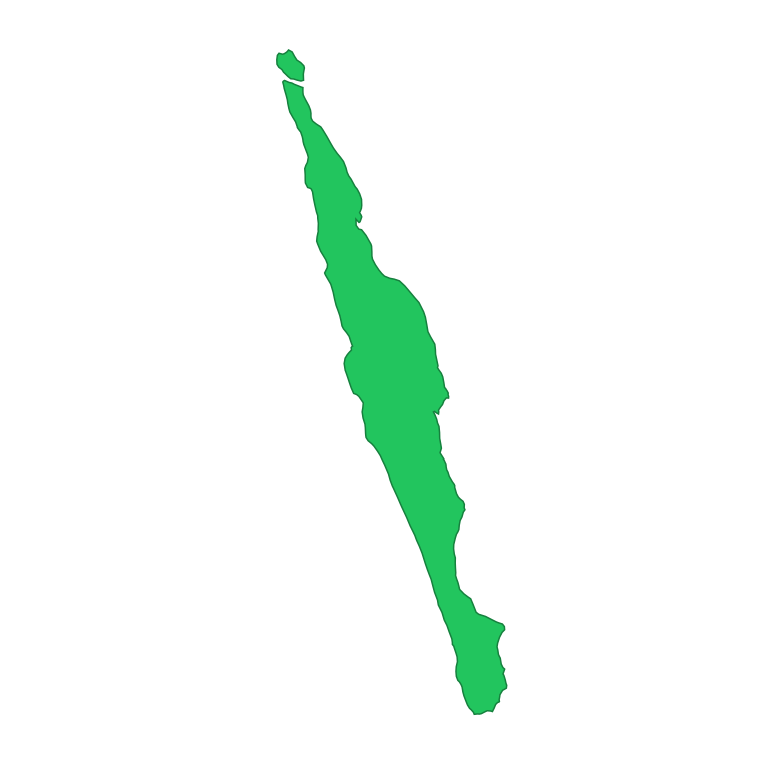 outline of Sainte Marie, Analanjirofo, Madagascar, rotated 137°
{"feature_id": "10022922B25342620887316", "entity_name": "Sainte Marie", "entity_type": "district", "adm_level": 2, "iso_a3": "MDG", "parent_name": "Madagascar", "parent_adm1": "Analanjirofo", "projection": "orthographic", "projection_center": [49.903, -16.911], "detail": "fine", "context": "isolated", "style": "filled", "palette": "green", "viewbox_px": 768, "rotation_deg": 137, "n_neighbors": 0, "source": "geoboundaries", "source_scale": "gbopen_adm2", "svg_char_len": 4865}
<svg xmlns="http://www.w3.org/2000/svg" viewBox="0 0 768 768"><g transform="rotate(137 384 384)"><path d="M529.1,72.2L528.1,70.5L524.6,71.8L520.9,73.5L518.1,73.6L516.9,73.0L516.1,73.1L515.1,74.6L512.9,76.2L511.1,77.7L506.2,79.1L502.0,78.1L501.0,78.9L499.7,80.0L499.2,81.3L498.7,82.3L497.2,84.8L496.3,86.6L495.0,89.3L494.7,90.8L490.2,93.2L490.4,95.6L489.3,99.2L485.9,104.3L485.8,104.9L484.8,108.1L482.1,112.0L480.6,114.7L477.5,117.1L472.2,120.0L467.1,121.8L463.4,122.0L461.4,124.5L461.1,127.7L462.9,130.9L464.1,133.3L466.2,139.0L468.3,144.8L471.8,151.0L472.3,154.3L469.2,162.1L467.1,167.8L467.9,171.3L468.7,176.0L468.8,181.3L468.7,182.4L467.6,184.3L466.7,185.9L465.3,188.5L464.0,191.6L462.3,195.1L460.3,197.0L456.9,201.1L454.0,204.5L450.4,208.2L448.6,211.7L445.5,216.0L442.4,219.1L436.8,222.8L433.5,224.7L431.1,225.4L428.5,226.5L425.3,229.4L421.5,232.2L417.7,233.6L413.4,236.2L410.6,236.8L409.8,238.8L407.3,241.2L406.2,244.3L406.7,247.7L406.8,250.5L405.8,254.3L402.8,260.2L401.6,261.4L401.1,262.7L400.7,266.0L400.1,268.5L399.3,271.9L398.0,274.6L397.4,275.8L396.7,278.4L395.7,280.0L395.1,281.0L394.1,282.2L393.3,283.4L392.9,284.8L392.2,286.7L391.9,288.4L391.3,288.4L391.0,289.7L389.9,295.5L385.8,297.9L383.8,300.9L380.4,306.2L376.4,310.7L372.7,315.5L371.4,319.1L369.5,322.3L367.8,326.7L366.9,329.9L365.7,329.5L365.3,327.1L364.6,324.9L363.0,326.2L361.8,327.8L357.7,328.7L355.2,329.1L351.5,330.9L347.9,331.3L346.4,329.7L345.3,330.7L344.0,333.1L343.2,333.5L342.5,336.2L342.3,337.8L342.0,338.7L342.1,340.1L339.2,344.4L336.2,349.1L334.8,352.8L334.3,356.7L333.8,359.4L332.1,360.5L329.2,365.3L326.0,370.6L322.8,374.3L319.7,378.5L317.8,386.7L316.2,392.3L312.3,398.2L308.2,404.6L305.8,409.8L305.3,411.5L302.9,419.7L302.7,426.0L302.2,435.2L301.9,441.6L302.4,449.0L305.0,453.7L307.7,457.4L310.1,462.5L310.3,466.4L310.0,470.8L309.0,477.1L307.3,483.1L305.6,485.8L302.7,489.0L299.0,493.4L298.1,495.4L297.1,499.6L295.8,505.0L295.2,512.1L296.8,514.5L296.2,519.0L293.9,521.6L292.1,523.7L292.1,520.0L292.1,519.2L290.9,519.0L289.1,519.9L286.3,521.4L285.6,523.0L285.0,526.0L283.5,526.5L280.7,527.9L278.4,529.9L274.5,534.4L272.1,539.7L270.7,544.9L270.5,548.2L268.4,556.2L267.9,560.1L266.6,564.0L264.4,568.0L261.9,574.3L261.3,579.3L261.0,584.4L260.4,588.9L260.0,591.5L258.8,596.7L257.1,603.6L255.5,611.2L254.9,615.1L256.2,620.3L256.9,624.9L256.0,628.1L254.7,629.8L252.8,631.8L250.9,634.6L249.2,638.9L248.4,642.0L247.5,645.5L246.7,648.3L245.9,650.6L244.3,652.7L242.4,654.8L241.1,656.1L242.0,657.6L243.7,661.2L245.2,664.3L246.1,666.9L247.7,669.2L249.7,673.8L250.9,674.1L251.8,674.0L252.3,673.5L253.8,670.7L255.4,668.2L257.5,664.1L258.5,662.1L260.9,657.7L263.1,654.6L265.7,650.3L267.4,647.0L268.8,641.2L269.9,635.9L272.0,631.2L272.5,630.6L273.0,626.7L273.0,625.3L275.1,620.6L276.6,618.1L277.8,616.5L279.3,613.8L282.3,606.5L282.9,604.9L284.7,601.4L288.9,598.3L292.0,597.2L295.0,595.6L299.0,590.7L302.5,586.9L304.4,584.6L305.8,579.8L304.6,577.7L304.2,576.3L305.2,573.3L309.1,567.6L312.4,562.2L316.1,555.8L317.7,552.3L319.3,550.5L322.4,546.3L327.0,541.7L327.4,541.2L327.8,540.6L332.5,537.3L335.8,534.4L337.0,531.7L339.7,524.5L339.9,523.7L340.6,520.3L341.8,514.6L343.6,510.1L346.1,507.8L351.7,505.7L352.4,503.9L354.8,493.4L356.1,490.7L358.5,485.9L362.4,479.5L365.4,474.1L367.6,468.8L369.7,464.1L372.7,458.9L375.1,455.1L376.0,452.0L376.3,447.4L377.0,442.6L379.1,438.1L380.5,434.9L381.2,433.1L382.0,433.2L383.2,433.0L383.8,432.1L384.7,431.0L387.3,430.9L389.2,430.7L391.2,430.4L394.8,429.4L399.2,426.1L403.0,420.5L404.0,418.1L406.0,413.6L408.6,408.0L410.6,403.5L412.6,397.8L411.2,395.0L410.8,392.1L412.0,384.4L415.5,381.2L419.0,378.5L422.5,373.4L425.3,367.6L427.5,364.7L431.1,360.5L432.5,358.7L433.6,357.1L434.3,353.3L433.7,348.7L433.7,345.4L434.5,339.5L435.5,334.2L437.2,329.3L438.8,324.2L442.1,315.1L445.1,309.4L447.5,303.6L448.2,301.3L451.4,291.7L453.8,285.0L454.8,282.1L458.4,271.0L461.6,262.4L463.2,257.0L464.7,252.2L465.9,249.4L466.8,247.2L468.7,241.5L471.5,234.3L474.0,229.1L476.4,224.1L477.1,222.5L478.8,218.7L481.1,213.1L482.7,209.0L486.3,202.4L489.1,197.1L492.2,189.5L495.0,185.3L497.4,177.3L500.9,170.3L502.6,164.5L505.3,158.4L508.2,151.3L510.3,148.3L511.6,146.9L511.8,144.5L512.2,143.9L515.0,137.8L516.6,134.6L519.7,130.8L523.9,128.0L527.4,124.7L530.5,120.8L532.1,116.9L532.0,114.6L532.6,111.7L533.5,109.2L536.3,105.0L538.2,101.4L540.2,96.5L541.8,92.4L542.6,88.5L542.4,86.2L542.5,82.8L543.3,80.9L540.7,79.0L539.3,77.5L537.6,76.5L534.3,75.6L531.4,74.7L529.1,72.2ZM244.2,690.8L244.9,687.4L244.2,683.6L244.8,680.5L244.6,677.4L244.5,674.4L244.0,670.8L242.0,668.6L240.3,665.5L238.1,662.2L235.7,661.0L233.8,663.2L231.6,665.7L229.3,667.5L226.7,669.4L225.6,671.4L225.7,675.8L226.8,680.3L225.9,685.0L225.6,686.0L224.7,689.5L226.0,693.4L227.3,693.2L229.0,693.1L231.8,693.6L233.3,694.4L235.2,697.5L237.8,697.1L241.2,694.3L244.2,690.8Z" fill="#22c55e" stroke="#15803d" stroke-width="1.5"/></g></svg>